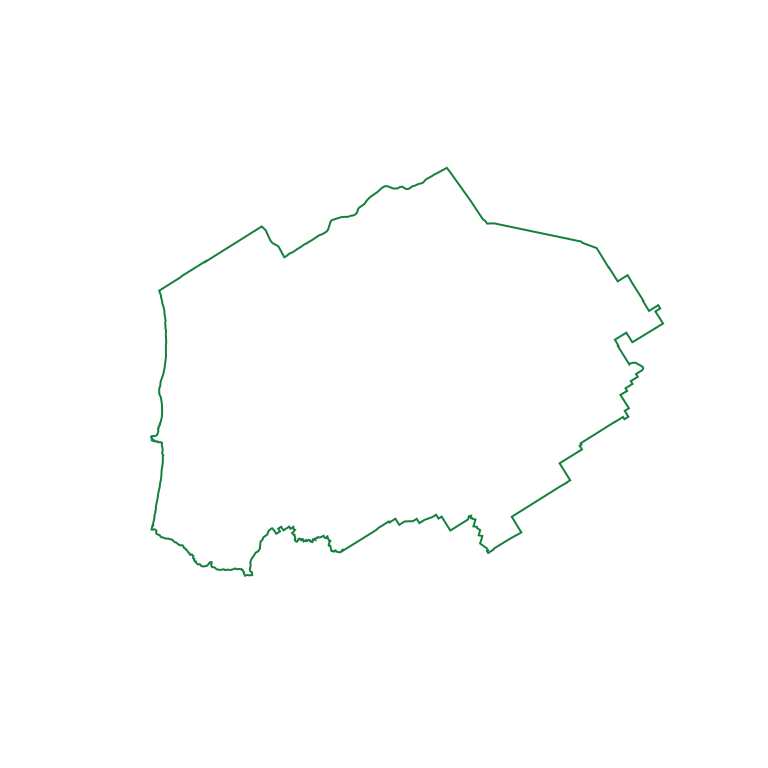 Nannup, Western Australia, Australia, rotated 58°
{"feature_id": "25037944B96867361654532", "entity_name": "Nannup", "entity_type": "district", "adm_level": 2, "iso_a3": "AUS", "parent_name": "Australia", "parent_adm1": "Western Australia", "projection": "equal_earth", "projection_center": [115.67, -34.135], "detail": "fine", "context": "isolated", "style": "outline", "palette": "green", "viewbox_px": 768, "rotation_deg": 58, "n_neighbors": 0, "source": "geoboundaries", "source_scale": "gbopen_adm2", "svg_char_len": 6165}
<svg xmlns="http://www.w3.org/2000/svg" viewBox="0 0 768 768"><g transform="rotate(58 384 384)"><path d="M185.7,525.2L190.6,526.2L193.1,527.4L196.2,528.2L198.4,529.4L200.3,529.7L204.9,531.2L208.9,533.3L214.7,535.7L216.8,537.7L218.3,538.1L220.7,539.8L222.8,540.3L226.6,542.9L233.3,546.6L235.3,548.3L245.4,554.5L254.0,561.5L259.3,566.6L263.6,572.2L266.5,574.3L269.2,577.4L273.3,579.8L277.3,580.4L283.0,582.8L289.6,586.6L294.2,589.8L298.0,593.6L298.3,594.5L299.1,595.0L299.3,595.6L300.1,595.9L300.8,597.9L302.0,598.4L302.1,599.3L304.4,600.3L306.5,602.8L307.1,604.2L306.5,606.4L305.6,607.6L305.7,608.2L305.2,608.7L305.2,609.1L305.6,609.2L305.7,609.7L307.4,609.8L308.1,609.5L308.2,610.5L308.6,610.8L309.2,610.6L309.7,610.1L309.5,609.6L310.2,609.5L310.3,609.2L311.0,608.9L311.5,608.4L311.3,608.3L311.9,608.1L312.4,606.8L312.7,606.8L313.0,606.3L313.9,606.3L314.2,605.3L315.1,604.2L316.2,603.4L318.4,605.0L319.8,605.3L323.1,606.9L324.5,608.4L326.4,609.2L327.5,608.9L328.4,610.1L331.9,612.2L335.4,614.8L339.7,618.6L343.8,621.4L347.2,624.2L349.8,626.7L353.2,629.4L353.7,630.1L357.5,633.7L362.0,637.5L367.1,642.5L369.7,644.0L370.2,644.4L370.4,645.1L372.0,646.2L373.8,648.4L374.8,648.8L376.5,650.3L381.2,654.9L381.3,655.1L381.6,654.8L381.9,655.3L381.8,655.8L384.3,658.3L384.9,657.6L385.6,655.7L386.5,654.9L387.9,654.8L389.4,656.1L390.7,656.3L392.1,655.4L393.2,654.3L394.8,654.4L395.9,654.2L396.7,653.0L399.5,651.0L400.7,648.8L402.1,648.0L403.0,646.7L404.8,645.9L406.4,645.6L407.5,645.2L408.1,644.3L412.0,643.0L413.1,641.8L414.1,640.3L415.4,640.1L416.2,640.4L417.7,640.3L418.5,639.5L420.2,639.7L421.0,639.1L423.3,639.2L424.9,638.7L425.8,639.0L426.3,638.8L426.4,637.9L426.9,637.2L427.9,637.3L428.6,636.8L429.3,637.3L429.9,637.4L430.5,638.2L431.5,638.0L431.9,637.6L432.8,638.3L434.1,638.5L434.9,637.5L436.0,638.0L438.1,637.6L438.7,637.1L438.8,636.2L439.4,635.7L440.2,635.4L441.4,635.5L442.2,634.8L443.1,633.9L443.6,632.1L444.0,631.7L444.3,630.1L443.5,627.5L442.9,626.5L443.5,624.7L444.0,624.6L445.1,625.8L447.0,626.9L447.7,626.9L448.6,626.3L449.9,624.8L451.9,624.3L453.4,623.3L455.1,621.0L456.2,618.1L457.6,617.3L458.6,615.0L460.8,611.9L461.5,608.2L461.8,607.7L462.7,607.4L463.3,606.6L463.8,605.2L465.2,603.7L465.4,602.9L466.4,603.0L467.2,602.4L468.5,602.8L468.7,602.6L469.2,602.8L469.8,602.5L471.1,603.4L473.0,603.4L473.0,602.7L473.6,601.0L475.1,599.5L475.3,598.7L476.0,597.4L475.5,597.4L475.3,596.5L473.7,595.8L471.6,596.7L470.3,596.2L469.7,595.3L468.6,594.7L467.8,593.6L465.6,592.4L464.7,592.2L463.3,590.6L461.8,588.5L460.6,585.4L460.5,584.9L459.9,584.1L459.1,582.2L459.0,581.8L459.2,579.4L457.9,576.6L457.5,576.1L456.6,575.7L452.1,572.0L451.8,569.9L451.1,568.8L450.1,567.5L449.8,562.7L448.0,560.6L447.2,558.9L446.9,556.4L447.1,555.3L449.9,554.8L453.9,554.7L453.9,550.3L450.6,550.3L450.6,546.9L454.8,546.8L454.7,540.0L457.2,540.0L457.2,536.6L458.9,537.6L460.6,536.7L460.9,537.9L461.5,539.2L461.6,540.9L463.9,540.6L464.3,540.4L464.4,539.8L464.7,539.8L465.8,540.5L467.1,540.6L467.3,541.0L468.1,541.7L468.4,541.5L469.3,542.4L471.3,541.9L471.6,541.1L470.1,538.6L470.2,537.8L470.7,537.3L471.8,537.5L472.0,537.3L471.8,536.6L472.0,536.3L472.2,536.5L472.2,536.9L472.7,536.8L472.9,536.4L472.3,535.8L472.2,535.5L472.4,535.1L474.9,535.7L475.0,534.9L474.9,533.8L475.1,532.8L476.1,533.2L476.4,532.9L476.1,531.8L476.3,530.5L477.6,529.5L478.1,530.1L478.4,530.0L480.1,528.6L480.0,528.1L478.9,527.4L478.7,526.7L478.3,526.5L478.9,526.0L478.8,525.7L479.0,525.6L479.0,525.2L479.6,524.9L478.9,524.7L478.8,525.1L478.6,524.8L478.6,524.4L478.9,524.2L478.8,522.8L479.2,522.6L479.2,522.1L478.9,521.8L479.1,521.4L479.0,521.0L479.8,520.2L480.5,518.5L480.7,515.6L483.0,515.8L484.2,514.5L483.7,513.5L483.1,513.3L483.2,512.7L485.0,513.3L488.0,513.6L488.4,513.3L488.3,512.8L488.6,512.6L489.5,514.4L491.2,516.3L492.1,516.3L492.7,515.3L497.7,517.1L498.1,516.8L498.4,515.9L499.5,515.6L499.2,513.7L499.5,513.2L501.0,513.3L501.7,512.3L503.0,511.2L503.5,510.1L503.6,509.1L502.5,507.1L503.0,506.3L503.6,506.7L503.7,468.4L503.1,464.8L503.1,452.8L504.3,452.8L504.3,445.7L511.5,445.7L511.5,439.3L515.7,432.1L515.7,427.7L520.7,427.7L520.7,421.6L522.5,413.4L522.5,409.1L527.0,409.1L527.0,405.4L543.4,405.4L543.4,384.7L541.4,382.3L542.1,381.9L542.2,381.2L541.5,380.7L541.9,379.9L542.6,380.7L542.6,381.3L544.0,381.3L544.3,380.4L545.0,380.4L545.8,379.9L547.4,378.2L552.1,383.6L554.5,380.9L555.5,381.4L558.9,379.9L562.5,383.9L565.1,381.1L570.2,387.0L578.1,383.8L580.0,383.8L580.0,385.2L582.5,385.2L582.5,379.1L581.9,378.0L581.8,376.7L582.0,357.9L582.7,346.2L564.3,346.0L564.2,289.6L564.5,281.3L564.3,281.3L564.3,277.1L544.3,277.1L544.4,250.8L540.0,250.8L540.0,248.6L538.5,248.6L538.4,208.6L538.6,208.6L538.6,198.8L541.3,198.8L541.3,194.1L534.4,194.1L534.4,189.2L518.5,189.2L518.7,181.5L515.6,181.5L515.6,173.2L512.3,173.2L512.4,165.0L509.1,165.0L509.1,157.8L508.5,156.4L507.9,155.8L506.8,155.6L505.3,156.1L503.6,157.0L501.8,158.2L499.3,159.3L497.9,161.7L497.4,163.5L497.0,164.3L496.9,164.9L497.3,165.6L475.8,165.6L475.8,164.9L468.8,164.7L468.9,151.3L480.2,151.3L480.6,115.3L466.3,115.4L466.3,109.7L462.5,109.7L462.5,120.5L450.9,120.4L450.9,119.9L429.9,120.0L420.8,119.7L420.8,131.4L404.4,131.5L404.4,131.8L381.5,131.6L369.7,140.7L367.7,141.3L306.1,205.5L302.6,211.5L299.3,211.7L297.2,212.7L295.4,212.9L273.8,213.5L238.6,215.7L234.0,216.2L233.3,228.2L233.0,230.0L233.1,232.7L232.7,239.2L232.8,240.5L233.8,243.7L233.9,244.8L233.6,246.0L232.6,248.9L232.2,252.7L231.4,254.9L231.6,258.9L231.4,260.1L230.7,261.4L230.0,262.2L227.2,263.5L226.3,264.2L225.4,266.1L225.3,268.5L225.0,269.5L223.6,271.9L222.5,273.0L218.2,276.2L217.2,277.5L216.6,279.4L216.7,283.0L217.7,287.3L218.1,296.6L219.4,301.8L220.9,304.9L221.3,311.8L221.9,313.3L224.3,315.9L225.0,318.1L224.8,320.7L223.8,322.8L223.1,326.2L221.3,329.0L219.8,332.0L217.5,340.9L217.5,341.8L218.1,343.4L222.9,349.0L223.7,350.1L224.3,351.9L224.3,357.1L223.7,359.2L223.5,360.8L223.8,368.1L223.7,374.9L223.4,377.9L223.7,382.2L223.6,385.9L223.9,391.2L223.3,395.0L223.8,398.9L223.7,401.4L211.9,400.6L210.6,400.9L205.8,403.7L202.7,404.3L194.5,403.4L191.3,402.8L185.6,404.2L185.7,470.8L185.3,470.5L185.3,497.7L185.7,500.3L185.7,525.2Z" fill="none" stroke="#15803d" stroke-width="2"/></g></svg>